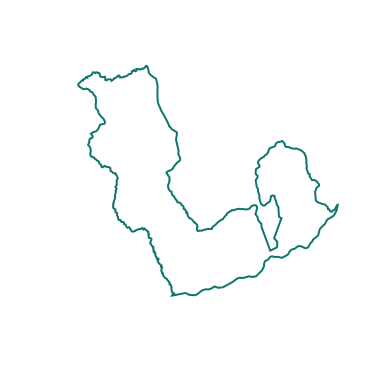 Januária, Minas Gerais, Brazil, rotated 19°
{"feature_id": "56859067B69142797953958", "entity_name": "Januária", "entity_type": "district", "adm_level": 2, "iso_a3": "BRA", "parent_name": "Brazil", "parent_adm1": "Minas Gerais", "projection": "robinson", "projection_center": [-44.822, -15.321], "detail": "fine", "context": "isolated", "style": "outline", "palette": "teal", "viewbox_px": 384, "rotation_deg": 19, "n_neighbors": 0, "source": "geoboundaries", "source_scale": "gbopen_adm2", "svg_char_len": 6020}
<svg xmlns="http://www.w3.org/2000/svg" viewBox="0 0 384 384"><g transform="rotate(19 192 192)"><path d="M107.3,87.8L107.2,89.0L106.0,91.2L105.2,91.1L103.7,92.8L103.1,92.6L101.2,93.6L100.2,93.4L99.5,93.8L100.0,94.4L99.6,96.0L98.9,96.4L98.1,96.1L97.7,95.4L97.2,95.8L97.0,96.6L95.9,97.3L96.3,99.0L96.1,99.9L94.0,101.1L93.0,102.9L90.6,105.2L90.0,105.2L88.5,106.5L86.8,107.0L86.0,106.9L85.9,106.0L85.2,105.7L84.2,106.1L82.7,109.0L81.4,109.8L81.4,110.6L79.7,113.1L78.8,112.1L77.4,112.2L75.1,113.4L74.9,114.2L73.6,114.3L72.2,111.4L70.0,112.6L68.0,112.7L67.0,112.0L67.0,111.3L65.2,109.6L64.1,110.1L62.9,109.8L62.1,110.3L61.9,111.0L59.8,110.8L59.3,111.2L59.1,113.6L57.2,115.9L56.2,116.4L55.2,117.5L55.6,118.1L54.4,118.0L54.1,119.5L52.6,121.0L52.8,122.0L51.7,122.3L49.3,127.1L49.6,128.0L50.9,129.0L55.7,130.2L56.4,130.0L58.1,128.8L60.2,128.6L62.2,129.1L62.6,129.9L63.4,130.2L65.1,130.1L67.9,132.4L69.7,133.1L71.8,137.5L72.5,140.8L73.8,144.0L76.5,145.5L78.0,147.9L81.1,150.1L84.7,151.7L87.1,154.3L87.0,155.5L86.5,156.4L83.2,158.3L83.0,161.7L82.4,164.3L81.6,165.8L79.6,167.2L77.4,169.7L79.5,171.2L80.2,172.3L80.0,173.0L78.0,175.3L78.3,177.7L78.8,178.4L78.4,181.3L81.2,182.9L81.7,183.7L83.0,186.3L83.3,189.1L84.4,190.8L85.9,191.4L86.4,191.1L86.9,191.5L88.3,191.3L89.4,192.3L90.8,192.5L92.2,193.3L93.7,193.3L95.4,195.4L97.6,196.1L98.0,197.3L98.6,197.8L99.5,197.7L101.0,195.7L102.5,196.1L105.5,195.5L107.1,196.2L108.1,198.6L109.7,198.9L111.1,199.6L112.7,199.8L113.2,199.2L113.9,199.5L114.4,200.3L115.6,201.1L117.5,203.5L116.9,205.5L118.6,209.9L118.0,211.3L118.1,212.2L119.6,213.3L119.3,215.5L119.8,216.0L120.3,220.1L121.3,223.0L121.1,226.9L121.6,227.5L121.4,229.5L122.3,231.0L122.2,232.0L122.8,232.7L123.6,233.2L124.5,233.0L125.5,233.6L125.6,234.7L126.2,236.0L127.6,236.0L128.2,236.4L128.2,237.4L128.6,238.2L130.2,239.8L130.4,240.6L132.0,242.4L133.5,241.8L135.1,243.3L136.7,242.7L137.3,242.9L138.1,243.7L138.2,244.4L139.6,244.5L141.9,246.6L142.6,246.8L143.7,245.8L145.4,246.6L146.4,247.8L148.1,248.9L149.6,248.4L151.2,247.2L151.8,245.9L153.6,244.8L154.0,244.2L155.9,243.4L156.9,242.1L158.5,243.2L159.1,242.0L160.8,242.9L162.0,243.1L162.7,243.8L163.5,243.7L164.3,245.7L165.1,245.9L165.1,247.4L166.2,249.5L167.7,249.1L169.0,249.6L169.1,254.1L169.8,254.3L171.3,255.8L173.3,256.5L173.2,257.4L173.8,257.8L174.2,259.2L175.4,260.0L175.1,260.9L175.9,261.1L176.3,261.7L177.0,261.4L177.5,262.0L177.5,262.9L179.3,265.3L180.7,265.8L180.7,266.7L182.0,266.5L181.6,267.2L182.2,267.7L182.0,268.5L183.2,269.3L183.7,270.2L186.9,271.3L186.8,272.8L187.3,273.1L187.9,272.6L188.3,273.2L188.4,276.1L189.3,277.3L190.3,277.9L190.3,278.6L191.0,278.5L192.4,280.8L195.1,282.2L196.5,282.3L197.8,283.6L199.1,284.0L199.6,284.9L200.3,285.1L200.9,286.6L201.4,286.3L202.6,287.1L202.7,287.7L203.9,289.1L203.8,289.9L205.9,293.4L208.1,293.7L208.0,294.4L206.9,295.8L206.8,296.5L218.6,289.7L220.3,289.6L222.4,290.2L228.3,288.7L230.2,287.1L233.4,282.0L236.3,279.6L239.3,278.8L241.8,276.8L244.0,274.0L248.1,274.0L252.4,271.9L259.4,264.2L262.6,259.5L264.8,257.6L268.1,256.8L273.3,253.2L275.5,252.9L278.3,252.0L280.1,250.7L283.8,243.0L284.2,238.4L283.5,235.9L283.5,233.8L286.1,230.9L286.6,228.9L287.4,227.5L289.2,226.6L291.5,226.5L294.3,225.3L298.4,225.0L302.6,220.6L303.2,219.4L303.8,215.9L305.3,213.7L307.6,212.2L309.7,208.9L310.4,208.4L313.1,207.8L317.3,208.3L319.2,207.3L319.9,206.1L320.9,201.1L321.8,199.6L322.0,197.5L325.4,192.0L324.9,185.8L325.8,183.2L328.1,178.9L328.7,174.7L329.5,173.3L332.9,169.4L333.9,167.6L334.7,162.5L334.0,156.7L333.4,157.2L332.7,162.0L332.1,163.1L331.0,163.7L330.7,165.1L329.5,165.4L328.8,165.2L327.4,163.7L326.1,163.9L325.3,162.3L321.8,160.5L320.2,160.9L313.6,160.7L311.7,159.4L308.3,151.6L308.5,146.9L309.8,145.5L310.1,144.5L309.7,143.5L306.7,141.4L303.9,140.8L301.8,141.7L298.3,139.2L297.4,136.7L296.0,136.8L292.5,132.4L292.4,130.7L290.1,126.4L290.2,125.3L287.9,121.1L286.7,120.3L285.8,118.8L281.9,117.2L278.8,116.9L276.5,116.9L275.1,117.6L272.0,118.3L270.0,118.0L266.0,118.7L264.8,118.0L263.8,116.1L260.9,114.4L256.3,117.5L255.8,118.4L255.4,121.9L251.3,125.2L250.8,127.4L251.0,130.1L250.4,132.0L248.9,133.8L248.4,135.5L246.4,137.5L245.0,140.1L244.7,141.6L244.9,143.1L247.2,145.0L247.5,145.6L247.4,146.5L245.1,149.4L245.8,153.1L246.7,154.5L248.6,155.2L249.0,155.9L249.1,157.3L248.4,159.7L248.9,161.2L251.7,166.3L253.4,167.6L254.2,169.9L256.7,173.1L257.4,174.6L257.7,176.2L261.1,180.7L263.6,181.7L264.4,181.6L265.6,180.5L266.2,179.0L268.5,175.8L268.8,174.9L268.1,170.1L269.7,168.8L271.5,169.0L271.7,170.0L275.4,174.7L276.0,176.0L278.6,178.2L282.1,186.7L282.7,187.3L285.1,187.6L284.7,208.9L288.8,211.3L290.0,214.8L290.3,216.7L285.1,222.0L269.0,202.3L268.0,199.6L264.1,197.4L261.9,194.1L259.2,192.3L258.9,186.1L257.8,184.4L256.9,183.8L254.5,184.5L253.1,185.7L252.6,186.4L252.0,188.6L250.5,190.1L247.6,191.3L245.7,191.4L244.6,192.1L242.1,192.5L238.8,194.4L237.3,195.8L235.8,195.9L235.1,197.3L233.9,198.2L233.3,199.4L232.2,200.6L232.2,202.0L230.8,204.9L230.0,207.7L228.9,208.5L226.5,211.8L224.4,216.2L223.6,216.9L222.6,219.3L222.8,220.5L218.2,222.0L217.2,223.2L215.2,224.0L214.3,225.2L211.7,226.0L210.6,227.0L209.8,226.9L208.6,225.4L208.2,223.5L208.5,222.8L207.2,221.1L205.1,220.4L204.7,219.8L203.5,219.9L202.3,218.7L199.5,217.5L197.9,217.6L195.7,215.8L194.4,213.3L193.6,213.7L193.0,213.2L193.2,212.6L192.8,211.9L191.2,211.2L190.9,210.7L189.6,210.7L189.1,209.1L188.0,208.1L186.2,207.6L185.8,206.9L184.1,206.1L181.4,206.4L180.7,205.3L177.5,203.2L176.7,202.1L175.5,201.8L173.6,200.5L172.6,198.4L171.1,198.4L168.9,196.8L167.2,194.0L167.2,188.8L166.4,187.5L166.5,186.7L165.9,185.5L161.6,182.2L161.5,181.5L162.6,180.4L162.9,179.6L164.6,178.7L166.2,176.3L166.5,173.9L168.5,168.9L170.0,166.9L170.2,165.3L169.7,163.7L166.6,160.5L165.9,157.5L159.7,147.4L159.1,143.1L158.4,140.9L157.7,140.3L152.6,139.2L150.4,137.8L149.0,137.3L148.1,135.9L142.4,130.3L136.4,125.1L130.7,118.7L128.3,113.2L124.8,102.6L121.4,97.1L120.8,96.5L118.5,96.1L114.2,94.5L112.2,93.1L110.8,90.4L108.9,88.1L108.2,87.5L107.3,87.8Z" fill="none" stroke="#0f766e" stroke-width="2"/></g></svg>